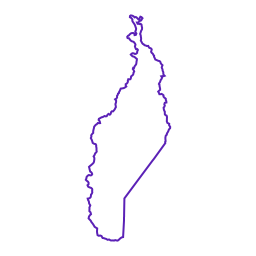 the district of Capitão Enéas, Minas Gerais, Brazil
{"feature_id": "56859067B59959312569649", "entity_name": "Capitão Enéas", "entity_type": "district", "adm_level": 2, "iso_a3": "BRA", "parent_name": "Brazil", "parent_adm1": "Minas Gerais", "projection": "natural_earth1", "projection_center": [-43.667, -16.099], "detail": "fine", "context": "isolated", "style": "outline", "palette": "violet", "viewbox_px": 256, "rotation_deg": 0, "n_neighbors": 0, "source": "geoboundaries", "source_scale": "gbopen_adm2", "svg_char_len": 4584}
<svg xmlns="http://www.w3.org/2000/svg" viewBox="0 0 256 256"><path d="M140.4,16.7L139.8,17.7L139.4,19.4L138.4,19.4L137.5,18.4L136.6,17.5L135.8,17.0L134.6,17.4L133.9,16.6L133.0,16.0L132.0,15.6L130.8,15.4L130.0,16.0L129.9,17.2L131.3,18.0L132.4,19.4L132.3,20.8L132.8,21.8L133.5,22.8L134.2,23.8L134.8,24.8L135.3,26.1L135.7,27.4L136.1,28.4L136.0,29.8L135.3,31.5L135.7,32.5L136.4,33.5L135.8,34.9L134.6,35.1L134.4,33.7L133.2,33.0L131.8,33.1L130.9,33.4L129.8,34.3L129.0,35.3L128.0,35.8L127.2,36.9L127.6,38.1L129.2,38.4L129.8,39.5L130.6,40.4L131.6,41.2L132.7,41.5L133.7,41.9L134.5,42.9L135.1,43.7L135.5,44.8L134.9,46.2L135.3,47.6L136.0,49.1L137.3,49.1L137.9,50.0L137.2,51.5L137.1,52.9L136.2,53.7L135.0,54.0L134.1,53.5L132.8,53.2L131.6,53.7L130.8,54.6L131.7,55.5L132.5,56.3L133.7,56.6L134.7,57.1L135.8,58.1L136.9,59.0L136.8,60.3L136.5,61.7L136.4,63.0L136.1,64.4L135.3,65.4L134.5,66.5L134.1,67.9L133.2,67.8L132.8,69.0L133.7,70.2L134.2,71.6L133.5,72.6L133.4,73.9L132.9,74.9L132.1,75.6L131.1,76.4L130.9,78.0L130.4,79.2L129.2,79.4L128.3,79.2L127.8,80.6L127.9,81.7L127.5,82.7L126.8,83.5L125.7,84.2L125.7,85.4L126.3,86.5L125.2,87.3L123.8,88.1L122.2,88.4L120.7,88.6L120.2,89.8L119.8,90.8L119.1,91.9L118.9,93.1L118.0,93.6L117.8,94.8L117.0,95.9L117.1,97.3L116.4,98.6L115.1,99.3L116.1,100.6L116.1,101.7L115.9,102.8L115.4,104.1L115.7,105.8L115.9,107.1L115.3,108.1L114.8,109.2L114.0,110.3L113.0,111.4L111.9,111.3L111.1,112.1L110.7,113.8L109.8,114.7L108.5,113.9L107.5,114.8L106.7,116.2L105.7,116.4L104.6,116.0L103.7,116.5L102.6,117.1L101.5,117.3L100.4,118.0L98.9,118.8L98.6,119.9L99.4,120.8L99.9,121.9L100.1,123.1L99.1,123.2L97.8,123.0L96.7,124.3L95.7,124.8L95.0,125.7L94.2,126.6L93.9,128.2L93.5,129.7L93.2,131.2L93.2,132.9L92.2,133.9L91.2,135.3L91.4,136.7L90.8,138.1L91.7,139.7L92.3,141.4L92.7,142.9L93.6,143.5L94.5,143.9L95.6,144.1L96.2,145.2L96.2,146.7L96.5,148.0L96.5,149.1L96.5,150.4L96.7,151.6L96.1,152.5L95.2,153.3L94.5,155.1L93.6,156.4L94.2,157.4L94.4,158.8L94.2,160.3L94.0,161.7L93.6,162.7L92.8,163.6L91.8,164.5L91.0,165.2L90.2,165.8L89.0,166.9L89.4,168.3L89.6,169.4L89.9,170.4L90.2,171.6L91.1,172.1L91.8,173.0L92.2,174.1L91.5,175.2L90.4,175.4L88.9,175.0L87.7,175.7L86.6,177.0L86.3,178.6L85.8,179.8L86.7,180.7L88.0,181.7L88.6,182.8L88.5,184.4L87.5,185.2L88.1,186.6L89.3,187.3L91.1,187.9L92.1,188.8L92.3,189.9L92.1,190.9L92.3,192.4L91.8,193.7L91.0,194.6L90.9,196.0L90.6,197.2L89.8,198.0L89.0,198.4L87.7,198.6L88.1,200.1L88.8,201.3L89.0,202.3L89.1,203.3L89.6,204.3L90.3,205.3L89.9,206.4L89.4,207.5L89.5,208.8L89.4,210.1L89.4,211.2L90.5,212.3L91.0,214.2L90.0,215.1L89.0,216.5L88.6,218.4L89.5,219.4L90.2,220.1L90.8,220.8L91.3,221.9L92.1,222.9L92.8,223.8L93.4,224.7L94.0,225.7L94.6,226.8L96.0,227.7L97.2,228.4L97.1,229.8L97.0,231.4L97.1,232.7L97.3,233.8L97.6,235.2L98.9,235.8L100.1,235.5L101.5,236.0L102.0,237.0L102.6,238.0L103.7,238.1L104.7,238.5L106.1,238.9L107.6,239.8L109.1,239.5L110.6,240.4L111.9,240.5L113.1,240.4L114.0,240.6L115.2,240.1L116.2,240.4L117.7,240.6L118.8,239.8L119.9,238.7L120.9,237.9L121.7,237.4L123.1,237.1L124.0,220.5L124.0,217.6L124.1,216.4L124.1,214.5L124.4,198.4L136.2,182.5L152.3,160.9L153.9,158.9L165.3,143.1L165.1,142.0L165.6,141.2L165.5,140.0L165.4,139.0L165.4,137.5L165.8,135.6L166.8,134.7L166.9,133.5L167.7,132.3L168.4,130.9L168.9,129.5L170.1,128.2L170.2,126.9L169.7,126.1L169.1,125.2L169.2,123.8L167.4,122.9L166.8,121.3L166.9,119.9L166.9,118.7L167.0,117.0L166.6,115.6L165.7,115.2L164.9,114.5L164.8,113.1L164.8,111.6L164.2,110.6L163.8,109.2L163.6,107.6L164.4,106.7L164.8,105.5L164.3,104.3L164.8,102.8L166.4,102.5L166.3,101.2L165.8,100.0L165.8,98.8L164.9,98.0L164.2,97.5L163.5,96.6L163.5,95.3L162.6,94.5L161.5,93.9L160.6,94.2L159.4,94.2L158.9,92.8L158.2,91.6L159.2,90.6L160.1,89.8L160.1,88.7L159.8,87.3L159.5,85.9L159.5,84.8L158.9,84.0L159.3,83.1L159.9,82.3L160.3,81.3L160.6,80.2L161.4,79.2L162.1,77.6L161.3,76.3L162.5,76.1L163.8,76.1L164.6,75.8L163.6,74.8L163.3,73.6L163.3,72.2L162.6,70.7L162.5,69.3L162.0,68.3L161.7,67.4L162.1,66.2L162.5,65.2L161.6,64.4L160.7,63.2L160.4,62.0L159.6,61.1L158.2,60.8L156.9,60.2L155.3,59.5L154.6,57.8L154.0,56.7L154.1,55.6L153.4,55.0L152.8,53.7L151.7,52.8L151.1,51.8L151.5,50.4L151.7,49.3L150.8,48.3L149.3,47.8L148.7,46.9L148.2,45.9L146.8,46.0L145.7,45.5L144.5,45.2L143.7,44.3L142.8,43.9L142.1,43.0L141.4,41.6L140.8,40.6L141.1,39.3L141.1,38.1L140.9,37.0L140.7,35.2L140.1,34.0L140.6,32.6L141.1,30.9L142.0,29.3L142.1,27.8L141.7,26.2L141.5,24.6L140.6,23.8L139.6,24.1L138.6,23.8L137.6,23.8L137.0,22.5L138.4,22.5L139.3,21.2L140.2,20.8L141.2,20.4L141.8,19.2L142.5,18.2L141.5,17.1L140.4,16.7Z" fill="none" stroke="#5b21b6" stroke-width="2"/></svg>